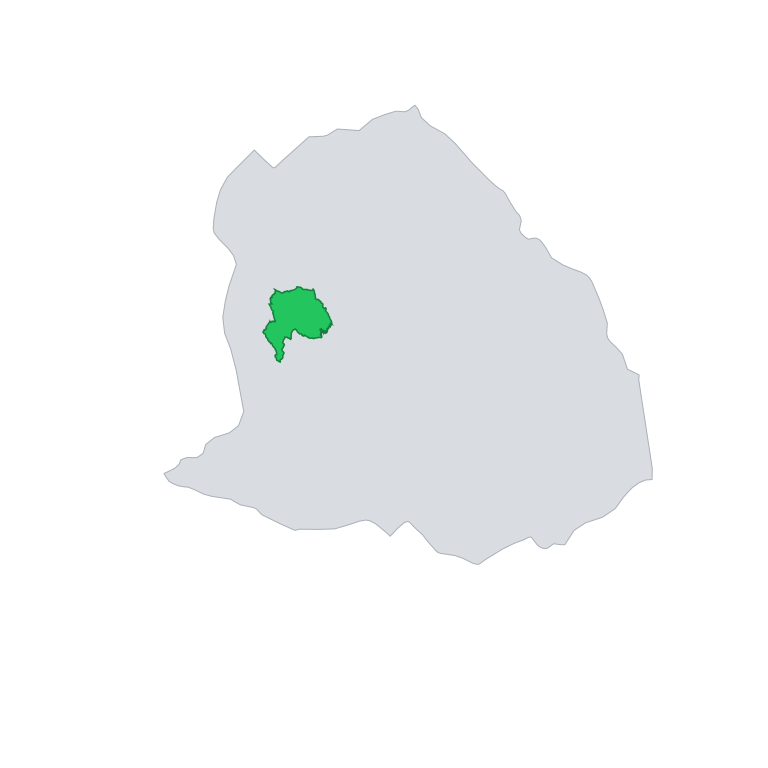 Gokwe North, Midlands, Zimbabwe shown in context, rotated 315°
{"feature_id": "62879985B87269615821372", "entity_name": "Gokwe North", "entity_type": "district", "adm_level": 2, "iso_a3": "ZWE", "parent_name": "Zimbabwe", "parent_adm1": "Midlands", "projection": "equal_earth", "projection_center": [28.8, -17.557], "detail": "fine", "context": "in_parent", "style": "filled", "palette": "green", "viewbox_px": 768, "rotation_deg": 315, "n_neighbors": 0, "source": "geoboundaries", "source_scale": "gbopen_adm2", "svg_char_len": 8081}
<svg xmlns="http://www.w3.org/2000/svg" viewBox="0 0 768 768"><g transform="rotate(315 384 384)"><path d="M506.0,641.1L501.0,636.8L494.0,634.0L485.2,632.8L473.7,633.3L459.6,635.6L444.5,632.8L428.4,624.7L414.9,621.9L398.9,625.4L398.2,625.5L395.4,622.7L391.0,616.9L383.7,615.8L381.7,614.4L380.1,612.3L379.0,609.5L378.6,606.3L379.8,596.7L379.2,595.6L377.2,594.4L373.2,593.2L363.6,588.8L351.4,584.6L331.7,579.9L324.1,578.7L322.3,577.3L320.1,573.7L316.3,562.5L312.7,555.2L304.2,543.8L302.8,540.3L303.2,531.2L303.8,523.9L304.7,517.7L304.3,511.9L304.2,504.7L304.4,499.9L303.3,497.8L300.2,496.3L291.4,495.7L280.8,496.0L280.4,488.6L279.3,477.3L277.3,470.7L274.9,467.3L270.0,463.8L260.1,458.9L246.6,451.5L235.0,440.6L221.7,427.0L217.6,424.6L212.6,411.8L205.1,389.9L205.5,382.6L204.3,379.0L197.1,368.2L195.4,362.6L194.1,357.0L182.5,341.2L178.5,334.2L175.5,325.4L172.5,318.3L169.9,315.4L166.6,310.6L164.3,305.1L163.2,301.0L164.1,295.5L165.1,291.7L176.1,295.6L182.1,295.9L186.8,294.0L192.6,296.6L199.6,303.8L207.1,305.1L215.3,300.7L226.3,302.0L240.2,309.2L251.7,310.6L265.4,304.3L277.5,286.7L289.0,270.1L300.3,251.0L307.1,235.6L317.0,223.0L330.2,213.3L343.7,205.1L364.2,195.1L368.4,186.8L369.7,177.8L369.7,165.2L370.8,157.1L373.0,153.4L376.4,150.5L380.8,146.7L394.4,137.1L405.8,131.0L419.6,127.0L434.8,126.9L449.4,126.9L457.7,126.9L457.8,139.0L458.4,152.6L460.0,153.9L471.0,154.2L488.6,155.2L505.6,156.1L516.4,166.0L520.1,168.1L531.3,170.7L545.6,187.2L562.9,188.7L574.8,193.9L585.3,199.5L591.3,206.3L595.1,207.8L600.4,208.3L603.0,208.9L602.4,213.8L598.8,222.1L599.2,233.9L603.9,250.2L604.4,264.5L602.7,289.5L602.6,313.8L603.0,322.4L603.8,328.2L604.8,331.3L604.5,334.9L601.6,345.0L599.2,355.7L599.1,360.0L598.1,363.0L596.4,365.7L588.9,370.6L587.6,373.7L587.5,379.2L588.4,383.8L591.3,385.5L594.6,388.2L595.9,391.6L595.9,395.3L594.8,402.0L591.7,413.2L594.6,426.1L597.9,434.5L602.4,444.1L604.3,450.1L604.2,454.4L603.4,458.5L596.3,476.1L591.2,487.1L585.0,498.8L576.8,506.1L574.7,509.7L573.9,513.7L574.1,522.5L573.6,531.6L566.6,545.7L570.8,557.9L569.8,559.0L567.5,560.7L557.4,574.3L547.3,588.1L539.9,598.2L531.5,609.6L522.1,622.4L514.0,633.4L506.0,641.1Z" fill="#d9dde1" stroke="#a8b0b8" stroke-width="1"/><path d="M326.2,295.1L326.5,294.9L327.3,293.7L328.5,293.7L329.0,294.1L329.8,293.9L330.3,294.0L331.0,293.9L331.4,293.7L331.6,293.2L332.1,292.5L333.5,292.2L334.3,291.6L335.2,291.4L335.4,291.1L335.5,289.8L335.8,288.1L336.5,287.1L338.3,287.0L338.9,286.6L340.1,286.4L340.3,286.0L340.8,285.8L341.2,285.9L341.3,285.8L341.6,285.3L341.5,284.2L341.6,283.2L342.1,282.8L342.4,282.8L343.5,282.2L344.1,281.6L345.7,281.7L347.1,280.7L348.6,282.5L348.4,282.7L348.4,282.9L348.8,284.1L349.1,284.5L349.6,284.8L349.3,285.5L349.3,286.1L349.4,286.4L350.8,286.1L351.5,285.2L351.8,285.0L352.1,284.5L353.3,283.7L354.5,282.4L356.9,281.8L357.7,281.8L358.1,281.6L358.8,282.0L360.0,282.2L360.1,282.4L360.0,283.4L360.1,283.6L360.4,283.6L360.4,284.1L359.6,285.9L359.8,286.6L359.7,286.9L359.9,287.3L359.6,287.8L359.8,289.0L360.2,289.2L360.5,289.8L361.1,290.4L360.8,291.4L360.4,291.7L360.6,292.3L360.8,292.5L360.9,293.1L361.3,293.5L362.1,293.2L362.1,293.5L362.5,294.0L363.0,295.8L363.1,296.3L363.0,296.6L363.3,297.1L363.2,297.4L363.3,298.1L363.8,298.4L364.0,299.2L364.6,299.9L365.8,300.6L366.0,301.1L365.9,301.4L366.3,302.2L366.7,302.4L367.0,302.4L367.5,302.8L368.3,303.1L368.5,303.2L368.6,303.5L369.3,304.0L369.6,304.2L371.0,305.1L371.8,306.0L372.4,306.9L372.7,307.0L373.0,306.8L373.0,306.3L373.2,306.1L373.7,306.3L373.8,306.2L373.9,305.7L374.2,305.4L374.2,305.0L374.1,304.9L373.8,305.0L373.7,304.8L374.0,304.7L374.2,303.9L374.4,303.9L374.5,304.1L374.3,304.7L374.4,304.9L374.6,304.8L374.7,304.5L375.1,304.9L374.9,304.2L375.0,304.1L375.3,304.3L375.1,304.1L375.3,303.9L375.5,304.0L375.6,303.5L375.9,303.7L375.9,304.2L376.1,303.8L376.0,303.4L376.3,303.4L376.1,302.8L376.5,302.7L376.6,302.1L376.8,302.1L376.7,301.7L376.9,301.0L377.5,300.3L377.8,300.8L378.5,300.4L378.8,300.5L378.8,300.8L378.5,301.2L378.0,301.0L377.6,301.2L377.8,301.5L377.8,301.8L378.7,302.4L378.9,303.1L378.7,303.3L377.9,302.8L378.0,303.5L378.2,303.9L378.1,304.1L377.8,304.0L377.4,304.2L377.4,304.4L377.9,304.4L378.0,304.7L377.5,305.4L377.8,305.3L378.0,305.7L378.1,305.3L378.6,304.6L378.9,304.6L379.5,304.4L379.7,304.6L379.2,305.4L379.4,305.5L379.8,305.4L379.7,305.8L379.2,306.2L378.8,306.6L378.5,306.7L378.6,306.9L379.5,306.7L379.6,306.8L379.6,307.1L380.0,307.2L380.3,306.9L380.7,306.8L380.7,306.6L381.0,306.6L381.0,306.4L381.2,306.2L381.6,306.3L381.6,305.9L382.0,305.7L381.9,305.5L382.1,305.4L382.1,305.2L382.4,305.2L382.4,305.5L382.7,305.4L382.8,305.1L382.9,305.3L383.1,305.4L383.4,305.2L383.4,304.9L383.8,305.0L383.7,305.2L383.6,305.4L384.0,305.7L384.5,305.1L384.5,304.6L384.7,304.4L384.8,304.4L384.8,304.8L385.0,305.0L385.1,304.9L384.9,304.7L385.1,304.5L385.6,304.5L385.8,305.2L385.8,304.4L386.2,304.3L386.2,304.6L385.9,304.7L386.1,304.8L386.2,305.4L386.3,305.6L386.6,305.4L386.5,305.1L386.6,304.6L387.0,304.8L387.1,304.7L386.9,304.4L387.1,304.4L387.2,304.9L387.4,305.0L387.4,304.4L387.8,304.5L387.8,304.2L387.5,304.2L388.0,303.9L388.2,304.1L388.2,303.9L388.3,304.0L388.5,303.8L389.0,304.5L389.4,304.4L389.5,304.7L389.7,303.8L389.9,304.0L390.1,303.9L389.9,303.6L390.4,303.6L391.3,302.2L391.9,299.7L392.9,297.9L393.0,297.3L393.0,296.4L394.0,295.3L394.4,291.8L394.4,291.1L394.8,290.5L395.9,290.3L396.5,289.5L396.6,289.1L396.5,288.7L396.1,288.5L395.7,288.7L395.3,288.7L395.0,288.2L394.9,287.7L395.3,286.9L395.2,286.0L395.2,285.8L396.9,284.8L397.5,283.7L397.1,283.0L396.9,282.0L397.0,281.8L397.5,281.4L397.6,280.8L397.2,280.3L397.4,279.9L397.2,278.9L397.5,278.1L396.6,276.8L396.1,276.8L395.8,275.1L396.3,274.6L396.8,274.4L397.5,273.2L398.8,271.7L398.9,271.3L398.8,270.6L399.4,270.3L400.2,269.3L400.9,267.7L401.0,266.7L400.8,266.7L400.1,267.1L399.7,267.1L398.4,266.2L398.0,265.2L397.1,264.5L396.8,264.1L396.6,262.8L396.1,262.6L394.7,260.9L393.8,260.2L393.6,259.3L393.7,257.9L393.4,257.1L393.3,256.3L392.2,255.3L391.6,254.2L391.2,253.7L390.8,253.7L390.1,254.3L389.7,254.4L388.5,254.3L387.1,253.9L385.2,252.8L384.5,252.7L384.4,252.3L383.9,251.7L382.1,251.7L381.9,251.5L381.9,250.6L381.7,250.0L381.2,250.0L380.4,249.2L379.4,249.1L378.9,248.2L377.1,248.2L376.6,247.9L376.3,247.3L375.7,246.6L375.4,244.8L375.1,244.3L374.9,243.6L374.6,243.5L374.3,243.2L374.0,241.6L374.0,241.1L373.6,239.9L373.1,241.5L372.7,241.8L372.2,241.8L371.7,242.3L371.7,242.6L371.4,242.8L370.2,242.4L369.9,242.9L369.6,242.7L369.4,242.8L368.4,242.5L368.3,242.3L367.8,242.3L366.7,242.6L366.6,243.1L366.4,243.3L366.1,242.9L365.7,243.4L365.5,243.1L365.3,243.0L365.2,243.5L364.8,243.5L364.6,243.0L364.2,243.2L363.9,243.1L363.6,243.4L363.6,243.8L363.3,244.5L362.8,244.6L362.7,245.1L362.3,245.5L361.6,246.0L361.4,246.4L361.6,246.7L361.5,247.5L361.4,247.3L361.3,247.5L361.3,247.2L361.2,247.1L360.9,247.5L360.8,247.3L360.2,247.0L359.9,247.0L359.2,246.3L359.0,247.1L358.6,248.7L358.7,249.1L358.4,249.4L357.3,251.4L357.3,251.9L356.9,253.0L357.3,253.9L357.2,254.1L356.8,254.7L356.3,254.9L355.9,254.9L355.5,255.2L355.2,256.2L354.7,256.7L354.5,257.3L352.9,259.7L352.5,260.7L351.9,261.6L351.6,261.7L351.7,262.0L352.0,262.4L351.7,262.6L351.4,262.6L351.1,262.4L351.0,262.6L350.8,262.4L350.7,262.6L349.9,261.4L349.7,261.5L349.6,260.9L349.4,260.5L348.6,260.5L348.3,260.3L348.0,260.4L348.1,260.0L347.3,259.4L347.5,259.0L346.9,259.3L347.1,259.9L345.9,259.4L340.9,260.4L340.3,261.3L340.2,261.1L339.6,261.7L339.3,261.5L338.9,261.4L338.3,261.6L337.9,261.1L337.5,261.5L337.2,261.6L336.9,261.1L336.0,261.7L335.6,261.6L335.4,261.8L335.2,261.7L335.0,261.9L334.8,263.5L335.3,264.6L335.3,265.1L333.9,266.9L333.6,268.3L333.9,269.5L333.3,270.2L333.2,270.7L332.8,271.2L332.9,272.3L332.6,272.6L332.9,273.9L332.5,275.1L333.3,275.0L333.4,275.4L332.9,277.1L332.2,278.1L332.1,280.5L332.2,281.3L332.0,281.7L332.1,282.0L331.9,282.2L331.8,282.5L331.3,283.0L331.5,283.4L331.4,284.1L330.8,284.6L330.4,285.6L329.1,287.4L328.9,287.4L328.3,286.8L327.6,286.6L327.2,287.0L326.8,287.1L326.5,287.8L326.3,287.9L326.5,288.4L326.3,289.0L325.0,291.4L325.2,291.6L325.6,294.0L326.2,295.1Z" fill="#22c55e" stroke="#15803d" stroke-width="1.5"/></g></svg>